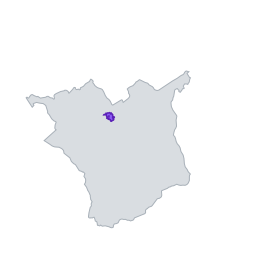 Dibaya, Kasaï-Occidental, Democratic Republic of the Congo shown in context, rotated 147°
{"feature_id": "63176286B23998883625218", "entity_name": "Dibaya", "entity_type": "district", "adm_level": 2, "iso_a3": "COD", "parent_name": "Democratic Republic of the Congo", "parent_adm1": "Kasaï-Occidental", "projection": "mercator", "projection_center": [22.801, -6.389], "detail": "fine", "context": "in_parent", "style": "filled", "palette": "violet", "viewbox_px": 256, "rotation_deg": 147, "n_neighbors": 0, "source": "geoboundaries", "source_scale": "gbopen_adm2", "svg_char_len": 5862}
<svg xmlns="http://www.w3.org/2000/svg" viewBox="0 0 256 256"><g transform="rotate(147 128 128)"><path d="M205.2,163.1L189.3,165.6L189.6,166.5L189.5,167.5L189.1,168.2L187.5,170.2L185.1,172.0L185.1,172.5L186.3,174.5L187.0,177.3L186.8,182.2L187.2,183.6L187.1,184.6L186.3,185.8L184.7,191.7L185.8,194.6L188.9,197.3L190.8,199.3L193.9,200.0L194.4,199.9L194.6,198.2L197.0,197.6L197.0,208.3L196.9,208.9L196.4,209.0L195.8,208.7L195.6,207.6L195.0,207.2L191.9,208.5L191.2,208.5L190.3,208.3L189.7,207.7L189.5,206.9L187.4,203.8L186.4,203.6L185.2,200.8L180.4,198.7L178.6,198.6L177.6,197.9L176.7,195.7L175.1,194.3L174.7,192.8L174.4,192.5L173.5,192.9L172.6,195.3L171.6,195.9L169.6,196.0L164.7,195.3L161.2,194.0L160.3,194.1L158.9,192.9L158.3,191.0L158.7,189.6L158.4,189.3L153.1,190.6L151.8,191.3L150.6,191.1L150.2,190.7L150.7,189.7L150.5,188.6L150.1,188.1L148.5,187.7L148.0,186.5L147.1,186.4L146.7,186.5L146.5,187.3L145.9,187.6L142.7,187.2L139.4,188.2L135.0,188.0L132.9,189.2L132.6,189.2L132.1,188.5L131.7,186.5L131.9,186.0L132.6,185.6L132.8,184.8L132.6,182.7L132.8,182.2L132.5,181.0L131.9,179.1L131.0,177.6L129.0,175.2L128.6,174.1L128.7,171.5L129.4,167.4L129.3,164.4L128.5,162.4L128.3,160.2L128.8,156.4L128.3,155.5L118.3,155.2L117.8,154.9L117.6,154.3L118.1,152.1L112.0,152.6L110.1,153.1L109.0,154.0L108.6,155.2L108.6,156.8L107.7,158.4L107.4,161.1L105.7,161.4L104.0,161.4L100.7,160.8L97.5,161.6L96.0,162.3L95.2,162.0L92.3,162.3L91.9,162.1L88.7,156.7L87.2,155.0L86.9,154.1L87.0,153.3L86.6,152.2L85.1,149.5L84.8,148.2L84.9,146.2L84.7,145.5L83.4,143.8L82.5,143.3L81.5,143.0L65.0,143.2L59.6,142.9L55.6,143.1L53.6,143.0L53.1,142.7L51.3,143.1L50.3,143.8L48.9,144.2L48.0,144.0L46.3,142.0L48.6,141.7L48.8,141.5L48.9,136.8L48.3,136.1L49.6,135.3L51.6,133.2L53.5,132.5L53.8,132.1L54.2,132.1L54.9,133.0L56.6,134.1L58.7,133.1L58.9,132.8L59.2,130.8L59.7,130.6L60.6,131.1L61.1,131.1L62.0,130.5L64.7,129.5L65.5,130.8L64.7,131.9L65.1,132.8L65.1,134.1L65.6,134.4L67.7,134.5L68.3,134.2L72.5,129.6L73.6,129.0L75.3,127.2L77.7,126.4L78.7,124.9L80.0,122.3L80.6,118.6L80.4,112.1L80.6,111.3L83.4,108.4L86.3,103.1L88.3,101.7L89.7,101.2L92.0,99.2L93.8,97.3L93.5,95.0L94.0,93.0L94.9,90.6L95.3,88.0L94.9,85.3L95.1,83.0L96.4,79.4L96.5,75.3L97.7,71.9L100.1,67.5L101.2,64.3L101.0,61.0L101.3,58.7L101.2,57.3L100.8,56.1L101.0,55.3L101.9,55.0L103.0,53.8L105.1,50.6L107.3,49.1L108.8,48.6L110.4,48.6L111.4,48.9L113.1,50.2L115.0,51.1L116.4,52.4L117.8,54.3L121.2,54.7L122.7,55.4L123.6,55.7L123.9,55.5L124.6,55.6L126.2,56.2L127.5,55.9L133.8,57.1L134.5,56.5L136.3,53.2L137.6,52.1L139.8,51.9L141.5,52.6L142.3,52.6L150.1,49.7L151.1,49.6L153.9,50.3L155.7,49.8L156.5,50.0L158.1,49.5L159.3,47.5L160.4,47.0L171.5,49.1L173.2,48.1L174.0,48.0L176.5,48.7L177.3,50.0L178.8,51.0L179.8,52.7L181.5,53.7L182.3,54.6L183.3,55.3L185.3,55.5L187.9,53.9L189.7,54.1L191.5,54.9L192.1,54.9L193.5,54.0L194.2,53.0L194.9,52.8L196.0,53.2L196.9,54.1L197.7,55.5L200.4,58.4L203.1,59.7L203.8,61.5L204.8,61.3L205.3,61.5L206.0,62.7L206.5,62.9L206.5,63.4L205.9,64.4L205.2,66.5L206.1,67.8L205.4,69.6L205.0,71.5L205.9,72.0L207.0,72.0L208.1,73.0L208.9,73.1L209.7,74.2L209.5,75.1L206.9,78.2L202.9,82.0L201.5,82.4L200.8,83.1L200.3,84.3L199.2,85.2L198.3,85.6L198.2,88.3L196.9,91.2L196.4,91.8L195.6,96.4L195.8,97.2L195.0,101.0L195.2,104.5L193.2,105.6L191.9,107.3L191.3,108.5L191.3,111.4L189.1,113.2L189.0,113.6L189.5,115.6L190.3,115.9L190.3,116.6L192.1,118.8L192.0,125.5L192.1,126.1L193.0,127.7L193.7,130.8L193.0,134.6L195.4,141.7L194.3,144.3L194.8,146.8L196.3,149.4L199.7,152.0L200.6,153.1L201.5,154.5L202.3,156.7L205.2,163.1Z" fill="#d9dde1" stroke="#a8b0b8" stroke-width="1"/><path d="M138.4,142.8L138.3,142.7L138.2,142.7L137.9,142.8L137.7,142.7L137.4,142.7L137.0,142.8L136.9,142.8L136.7,142.8L136.3,142.7L136.2,142.8L136.0,142.7L135.9,142.6L135.6,142.7L135.4,142.8L135.3,143.1L135.3,143.3L135.3,143.6L135.2,143.8L135.1,144.0L135.3,144.2L135.3,144.3L135.3,144.5L135.2,144.5L135.1,144.4L134.9,144.3L134.9,144.2L134.7,144.1L134.4,144.2L134.2,144.1L133.9,144.2L133.9,144.3L133.7,144.4L133.6,144.5L133.6,144.8L133.6,145.0L133.8,145.3L133.9,145.2L134.0,145.2L134.0,145.3L134.0,145.5L134.2,145.8L134.3,145.8L134.2,145.9L134.2,146.1L134.3,146.1L134.2,146.2L134.2,146.3L134.3,146.3L134.3,146.5L134.2,146.6L134.2,146.8L134.0,147.1L133.9,147.3L133.7,147.4L133.6,147.5L133.7,147.8L133.8,147.8L133.8,148.0L133.7,148.2L133.7,148.3L133.8,148.3L133.9,148.5L134.0,148.7L134.1,148.8L134.3,149.0L134.2,149.1L134.3,149.2L134.3,149.3L134.5,149.4L134.4,149.5L134.5,149.5L134.4,149.6L134.4,149.9L134.4,150.0L134.5,150.1L134.8,150.1L134.9,150.3L135.0,150.4L135.0,150.5L135.0,150.8L135.3,150.8L135.5,151.0L135.8,151.1L136.0,151.1L136.3,151.3L136.5,151.5L136.8,151.6L137.0,151.8L137.3,151.8L137.5,151.9L137.8,151.8L138.0,151.9L138.3,151.8L138.4,152.0L138.5,152.3L138.7,152.2L138.8,152.1L139.0,151.9L139.1,151.7L139.3,151.7L139.5,151.7L139.6,151.8L139.8,151.8L140.0,151.9L140.0,152.0L140.3,152.2L140.5,152.2L140.6,152.3L140.8,152.3L141.0,152.3L141.2,152.2L140.9,152.0L140.7,152.1L140.4,152.0L140.4,151.9L140.2,151.8L140.1,151.7L139.9,151.5L139.7,151.5L139.4,151.4L139.3,151.2L139.2,151.1L139.2,150.9L138.9,150.8L138.9,150.7L139.0,150.6L139.2,150.4L139.3,150.3L139.3,150.1L139.4,149.8L139.4,149.7L139.6,149.4L139.5,149.2L139.7,148.9L139.7,148.6L139.8,148.5L139.9,148.4L139.9,148.2L140.0,148.1L139.9,148.1L140.0,148.0L140.0,147.9L139.9,147.9L139.9,147.7L140.0,147.7L139.9,147.4L140.0,147.4L140.0,147.2L139.9,147.2L139.7,147.1L139.4,147.2L139.3,146.9L139.3,146.7L139.3,146.4L139.2,146.4L139.3,146.3L139.3,146.1L139.3,145.9L139.5,145.8L139.4,145.7L139.2,145.7L138.9,145.6L138.8,145.4L138.8,145.2L138.7,144.9L138.4,144.7L138.6,144.4L138.5,144.2L138.4,144.1L138.3,143.7L138.5,143.5L138.7,143.2L138.5,142.9L138.4,142.8ZM137.4,148.5L137.4,148.4L137.4,148.2L137.5,148.1L137.8,148.1L137.8,148.3L137.7,148.4L137.6,148.5L137.4,148.5Z" fill="#8b5cf6" stroke="#5b21b6" stroke-width="1.5"/></g></svg>